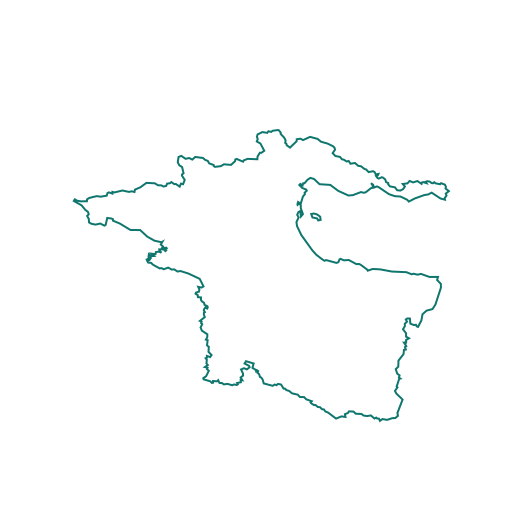 Maroantsetra, Analanjirofo, Madagascar (Equal Earth projection), rotated 291°
{"feature_id": "10022922B79548799707119", "entity_name": "Maroantsetra", "entity_type": "district", "adm_level": 2, "iso_a3": "MDG", "parent_name": "Madagascar", "parent_adm1": "Analanjirofo", "projection": "equal_earth", "projection_center": [49.851, -15.369], "detail": "fine", "context": "isolated", "style": "outline", "palette": "teal", "viewbox_px": 512, "rotation_deg": 291, "n_neighbors": 0, "source": "geoboundaries", "source_scale": "gbopen_adm2", "svg_char_len": 6131}
<svg xmlns="http://www.w3.org/2000/svg" viewBox="0 0 512 512"><g transform="rotate(291 256 256)"><path d="M320.7,148.2L315.4,149.4L313.2,151.9L312.6,155.1L307.3,158.7L305.5,157.7L304.4,158.2L301.5,162.2L296.9,162.2L296.7,160.0L293.4,159.9L294.5,155.4L293.8,153.9L294.7,150.5L293.2,149.7L291.7,147.1L289.2,147.0L287.7,144.7L288.0,142.3L286.9,139.1L287.6,135.5L285.0,127.5L278.8,123.5L274.6,119.2L272.2,119.6L271.9,116.9L270.3,114.4L269.3,107.9L264.6,101.0L264.4,99.0L262.8,99.6L262.7,95.9L261.6,94.8L258.8,95.0L255.7,89.7L254.8,85.8L250.5,79.6L248.4,78.0L246.5,78.5L244.2,72.7L243.5,69.0L244.0,66.6L242.1,66.2L240.8,75.0L238.0,79.9L236.9,83.4L235.0,84.9L232.9,84.0L230.7,86.6L227.5,88.1L227.1,90.8L227.8,94.9L230.5,99.0L230.0,103.6L231.2,104.5L238.2,103.5L239.2,107.7L239.1,109.2L237.7,109.9L237.5,117.3L235.3,129.4L238.7,138.6L235.1,147.6L233.9,155.7L235.0,162.9L235.7,163.5L232.6,163.0L231.5,165.8L229.6,165.4L231.6,169.4L231.1,169.9L229.7,168.5L229.0,170.1L228.1,169.6L229.1,167.5L227.5,163.3L226.4,164.0L225.2,166.5L225.2,163.5L223.7,161.1L221.7,161.5L220.7,157.6L219.5,160.8L218.3,158.2L219.2,155.4L216.6,156.0L216.3,158.5L213.9,157.9L213.0,156.4L214.8,156.4L213.5,155.2L211.2,157.7L212.0,160.6L211.0,162.7L209.9,170.5L210.8,172.0L210.6,174.6L213.7,178.2L213.1,182.2L214.2,184.4L213.4,188.3L214.9,190.9L215.4,199.2L214.5,211.6L208.8,217.9L207.0,216.4L206.5,213.1L204.3,215.2L202.3,215.5L200.3,213.1L199.1,213.1L198.6,215.6L196.8,216.5L197.6,219.5L195.3,220.3L194.2,221.8L193.7,224.2L191.9,225.5L191.7,228.6L190.7,229.4L189.4,229.2L189.8,227.2L188.1,226.6L186.4,226.8L185.3,228.4L184.3,227.7L182.5,228.4L180.6,230.1L175.3,226.9L175.2,228.7L173.7,228.8L173.1,230.2L169.4,229.9L166.9,232.2L165.5,238.6L162.7,239.6L160.0,239.2L160.1,241.0L155.0,242.3L154.3,244.5L149.5,246.0L147.6,250.0L145.2,249.4L145.1,246.0L143.6,246.6L142.5,245.6L141.5,247.3L138.0,248.2L136.9,250.1L134.0,248.1L134.3,250.8L132.8,250.8L131.9,253.1L125.8,252.5L123.2,250.6L122.1,251.2L122.6,258.2L121.7,260.3L122.3,261.3L123.9,260.7L125.0,264.5L126.5,265.2L124.4,267.4L125.2,269.8L124.6,272.0L126.4,275.2L126.8,280.1L128.2,281.5L128.7,284.3L129.6,285.0L130.7,283.9L132.7,287.1L134.8,286.1L135.1,287.8L137.1,285.2L139.7,286.8L141.7,285.9L144.7,282.7L146.9,285.0L146.9,288.1L149.9,289.9L151.0,288.8L151.5,283.9L154.2,284.4L154.8,292.3L150.3,292.8L149.6,296.5L148.6,297.3L149.7,297.6L149.3,299.3L147.5,299.2L146.7,301.4L144.5,303.0L144.4,304.5L143.0,306.5L139.8,308.9L140.8,318.1L142.7,319.5L142.7,321.4L144.5,322.4L145.0,325.5L142.1,329.2L142.6,330.6L141.7,332.4L141.9,335.3L140.7,338.8L141.5,344.7L140.1,347.5L141.5,351.5L140.2,354.3L140.4,360.1L138.9,359.4L138.2,360.5L137.6,363.6L138.2,365.0L137.2,367.8L137.8,370.0L136.6,372.5L137.1,374.4L135.7,376.5L135.7,379.3L132.9,389.0L136.9,393.3L137.8,397.2L140.2,395.7L142.3,398.0L144.3,398.5L145.7,402.8L144.5,405.6L146.3,411.1L145.6,413.5L146.3,416.9L148.3,420.4L146.7,424.8L148.2,426.1L147.7,427.0L148.2,429.2L146.5,430.8L149.1,432.5L150.0,437.1L153.5,441.4L154.6,444.1L157.7,445.8L160.1,444.3L174.5,444.3L177.9,436.3L179.8,434.1L184.1,435.1L184.5,434.1L192.7,433.7L193.3,434.6L193.7,433.0L196.0,432.8L196.8,430.0L200.5,427.0L203.6,428.5L209.4,426.5L217.2,428.9L221.4,427.8L222.4,429.4L224.3,427.7L225.7,428.6L228.0,425.4L228.5,427.8L228.9,426.2L229.6,427.0L231.4,426.2L234.0,428.3L234.5,425.0L237.6,423.8L240.3,419.5L243.9,420.1L246.1,419.2L248.8,420.5L250.5,418.6L251.9,419.7L252.8,422.1L248.2,424.3L248.1,428.0L249.1,430.0L247.9,431.3L247.9,432.7L255.2,433.5L261.2,432.3L266.1,434.8L269.7,439.8L275.0,440.9L292.7,440.0L296.2,438.6L298.5,433.7L301.7,433.4L298.6,425.4L298.4,416.4L296.5,413.6L295.9,409.4L294.7,407.9L294.8,402.2L290.2,388.5L288.0,376.6L285.7,369.6L281.8,364.9L282.9,365.6L285.3,357.0L285.5,355.2L284.4,352.6L285.5,344.0L283.5,339.7L283.6,336.0L282.9,335.2L279.7,335.1L278.4,333.6L277.3,322.9L276.1,321.7L276.7,318.7L278.8,311.8L281.5,306.5L291.8,290.8L298.6,283.6L302.2,281.6L307.3,282.0L309.2,279.7L312.3,279.9L313.8,281.2L309.0,283.8L311.9,284.8L316.8,280.6L319.7,279.5L320.3,277.3L318.7,276.5L319.3,276.1L321.5,275.9L320.9,279.0L328.3,278.5L331.3,279.5L332.5,278.7L335.1,280.0L336.0,279.1L336.1,274.7L337.8,271.0L339.2,271.6L338.6,274.2L340.8,274.0L341.3,275.2L345.7,276.8L348.4,278.8L348.7,282.5L345.8,289.6L349.0,299.9L346.3,309.3L345.6,320.6L347.5,324.6L353.3,331.1L353.6,333.8L354.8,335.6L360.5,339.0L361.7,340.7L363.9,339.4L365.2,337.3L364.5,339.8L362.2,341.7L364.2,343.8L364.3,345.5L361.4,358.0L361.6,364.1L363.3,369.6L362.7,376.9L361.6,379.2L366.6,383.6L373.3,391.4L375.1,394.6L378.1,397.3L375.8,407.6L376.3,412.2L377.5,411.4L380.7,412.2L382.2,410.8L385.7,412.8L386.9,408.8L388.7,408.5L390.3,406.8L390.3,402.7L389.0,402.2L388.2,397.8L388.7,395.9L387.4,395.3L387.0,393.8L387.7,391.6L387.2,389.1L386.1,387.8L385.1,389.1L384.9,385.6L384.0,384.5L382.7,384.7L383.8,379.8L381.0,376.3L381.1,372.5L378.1,371.4L375.8,367.2L374.2,370.1L371.2,369.4L368.8,367.3L368.0,364.2L369.9,361.1L369.0,356.2L370.2,353.8L371.5,353.3L371.6,351.0L373.8,349.2L374.7,346.4L374.6,345.2L372.3,342.9L372.4,341.5L373.7,339.4L374.9,340.8L376.5,340.9L375.1,338.7L376.9,336.5L377.1,334.9L374.7,331.1L376.3,327.7L376.1,326.2L377.4,321.8L376.8,319.0L378.3,315.1L376.0,311.1L377.9,308.5L376.7,306.7L377.4,303.5L377.1,301.5L378.6,298.9L377.8,294.3L379.5,290.7L383.6,291.7L385.4,290.3L386.1,288.3L386.6,282.6L386.0,275.7L387.4,271.5L386.6,263.8L381.1,258.4L381.4,255.4L379.6,252.2L377.7,252.8L369.4,248.9L370.4,245.0L371.7,244.1L372.1,242.7L374.6,242.2L376.6,239.9L378.8,235.3L380.1,234.8L381.6,232.1L381.4,231.2L378.9,226.7L377.3,225.7L376.9,222.9L375.0,222.4L374.0,217.6L370.1,213.9L367.7,214.1L365.8,215.7L363.2,215.7L362.6,219.8L357.2,226.0L354.2,224.0L353.8,222.6L349.4,221.8L346.8,222.6L343.7,213.4L340.9,210.3L339.4,210.1L339.7,203.2L338.7,202.1L337.0,202.5L332.1,200.0L330.1,193.2L327.3,191.0L324.5,185.7L324.9,184.2L325.8,183.8L325.7,179.1L327.5,176.9L327.5,174.1L328.5,171.4L326.7,163.8L323.2,162.0L323.5,158.5L321.5,155.4L322.7,150.4L320.7,148.2ZM312.9,303.4L315.7,301.8L316.7,298.1L316.4,294.9L315.0,292.5L312.2,294.9L313.0,299.5L311.5,301.4L312.9,303.4Z" fill="none" stroke="#0f766e" stroke-width="2"/></g></svg>